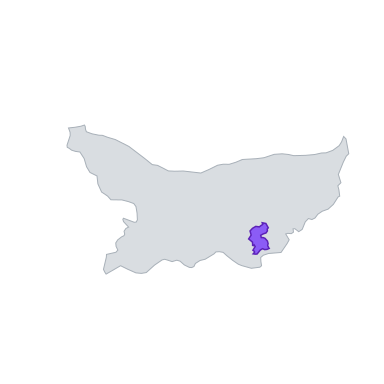 Şoldăneşti highlighted on a map of Moldova, rotated 112°
{"feature_id": "MDA-1646", "entity_name": "Şoldăneşti", "entity_type": "District", "adm_level": 1, "iso_a3": "MDA", "parent_name": "Moldova", "parent_adm1": "", "projection": "orthographic", "projection_center": [28.717, 47.85], "detail": "fine", "context": "in_parent", "style": "filled", "palette": "violet", "viewbox_px": 384, "rotation_deg": 112, "n_neighbors": 0, "source": "natural_earth", "source_scale": "10m", "svg_char_len": 2538}
<svg xmlns="http://www.w3.org/2000/svg" viewBox="0 0 384 384"><g transform="rotate(112 192 192)"><path d="M83.7,72.2L85.1,69.1L97.8,61.0L101.0,62.4L107.6,62.9L120.9,62.9L127.6,57.4L131.6,59.1L135.0,56.6L140.5,53.5L141.3,54.2L142.0,54.7L150.5,56.3L156.9,59.4L161.1,64.1L165.5,67.0L170.0,68.2L172.6,70.5L173.0,74.1L177.3,75.8L185.3,75.8L188.8,78.2L187.5,82.9L188.3,84.5L191.2,82.9L193.4,84.3L194.5,87.8L195.8,89.4L199.9,84.0L204.2,84.5L214.7,86.8L220.4,98.1L223.9,102.2L227.0,103.8L230.8,102.0L234.3,99.9L236.3,100.9L240.5,108.4L241.6,118.2L241.6,122.1L240.1,128.8L238.0,135.9L236.3,140.5L237.1,144.3L238.6,147.4L241.1,148.4L249.4,154.6L252.5,158.9L257.0,162.1L260.4,162.3L262.2,164.0L262.9,166.2L262.5,171.8L260.6,177.1L260.9,180.5L264.0,184.4L264.3,189.1L264.6,192.1L266.2,194.3L273.9,199.4L283.8,204.2L286.4,208.4L288.0,213.7L287.7,222.7L287.1,230.6L300.3,240.9L298.9,242.9L296.9,245.1L284.5,247.0L281.9,247.9L276.4,240.0L273.6,239.0L270.9,242.0L267.8,243.6L264.1,242.9L260.0,240.5L258.0,238.7L256.3,238.6L253.8,240.3L250.5,239.6L248.3,237.6L245.1,244.4L243.2,245.9L242.0,245.7L241.7,234.2L240.8,232.5L238.3,232.2L232.2,235.0L226.5,238.5L224.5,241.7L224.7,247.3L225.6,254.0L229.6,264.3L227.4,268.7L225.9,275.8L219.7,282.3L212.7,286.1L212.1,293.9L208.1,299.2L201.4,304.5L196.9,310.9L198.0,315.3L198.3,319.4L197.5,322.2L197.3,324.4L195.5,325.4L185.2,326.1L182.3,327.4L178.9,330.5L175.8,324.7L172.6,319.6L170.2,316.8L171.2,315.6L173.8,314.2L175.7,312.5L175.5,306.5L174.2,299.5L173.0,296.2L172.9,290.9L172.1,282.7L173.4,267.6L178.6,248.6L181.5,239.1L180.2,233.9L181.3,221.8L179.2,215.8L175.8,207.9L171.1,190.9L165.0,184.9L157.6,178.3L154.5,173.4L152.4,167.9L148.0,162.5L143.0,157.5L137.1,145.0L134.0,139.4L133.1,137.9L126.3,129.9L122.8,122.7L121.1,116.7L120.2,111.3L115.5,100.5L111.3,92.3L107.3,86.5L105.5,82.4L100.7,77.1L93.9,72.9L89.5,72.1L83.7,72.2Z" fill="#d9dde1" stroke="#a8b0b8" stroke-width="1"/><path d="M206.4,123.6L203.0,122.3L200.0,120.0L199.1,116.5L197.0,115.3L196.1,114.6L195.2,114.3L194.7,115.0L194.2,115.4L193.5,111.7L196.6,107.9L198.2,108.4L199.8,107.5L202.2,108.0L204.1,110.2L206.4,112.1L208.3,110.7L207.6,108.9L207.6,107.0L209.2,103.7L211.5,102.0L212.6,102.0L213.6,101.6L214.5,100.4L214.9,100.1L215.4,99.3L217.1,100.9L218.2,103.1L218.1,105.3L218.9,105.9L220.1,106.9L225.1,108.4L225.9,110.0L226.4,112.1L225.3,111.7L224.2,111.5L223.5,112.4L223.2,113.7L218.9,113.0L217.8,114.6L218.8,115.0L218.8,115.8L217.3,116.4L215.8,117.2L214.3,121.9L209.8,121.0L206.4,123.6Z" fill="#8b5cf6" stroke="#5b21b6" stroke-width="1.5"/></g></svg>